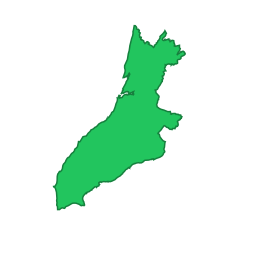 Dundalk-Carlingford Lea-6, Louth, Ireland, rotated 115°
{"feature_id": "5873133B30233967473277", "entity_name": "Dundalk-Carlingford Lea-6", "entity_type": "district", "adm_level": 2, "iso_a3": "IRL", "parent_name": "Ireland", "parent_adm1": "Louth", "projection": "equal_earth", "projection_center": [-6.343, 54.045], "detail": "fine", "context": "isolated", "style": "filled", "palette": "green", "viewbox_px": 256, "rotation_deg": 115, "n_neighbors": 0, "source": "geoboundaries", "source_scale": "gbopen_adm2", "svg_char_len": 5789}
<svg xmlns="http://www.w3.org/2000/svg" viewBox="0 0 256 256"><g transform="rotate(115 128 128)"><path d="M31.3,116.3L34.1,119.8L34.0,120.4L34.0,120.7L33.2,120.5L31.5,122.0L31.5,122.4L30.8,122.6L29.5,123.5L29.9,125.1L31.9,126.3L30.7,127.2L31.2,127.5L30.6,128.5L30.1,128.7L32.6,131.2L32.0,132.0L33.6,132.4L33.7,133.4L33.3,134.2L32.0,134.4L29.0,133.1L27.6,133.1L27.0,133.4L26.0,133.2L24.3,135.6L25.9,135.5L26.0,135.8L26.4,135.7L26.7,136.0L27.5,136.1L31.5,137.7L32.9,137.0L34.5,137.2L35.0,137.1L36.4,137.7L38.2,137.5L38.9,138.2L39.5,137.9L40.0,137.9L41.9,139.0L43.0,138.5L44.2,138.9L43.4,141.3L43.5,143.5L43.3,145.1L42.1,144.6L41.5,146.5L41.8,146.7L41.8,147.2L42.4,147.6L43.2,147.7L43.6,148.1L44.3,148.3L43.5,149.8L42.4,150.6L42.1,153.0L42.6,153.2L42.4,153.9L40.2,154.3L40.2,154.9L40.9,155.3L40.8,155.8L38.7,156.9L38.7,157.0L36.7,157.1L36.4,158.7L36.1,158.9L35.2,158.8L34.6,159.1L34.7,159.5L34.2,160.5L34.6,160.9L34.6,162.1L33.2,162.7L32.7,163.5L32.2,164.7L32.6,165.6L36.9,164.5L38.6,164.2L39.9,163.5L42.2,162.8L45.4,162.5L52.5,161.1L57.4,159.6L60.6,159.1L66.1,157.5L72.9,157.4L74.9,156.5L76.6,155.1L78.7,154.3L84.4,153.7L83.8,152.7L81.9,151.4L82.4,151.4L81.7,150.4L81.8,149.9L80.3,149.9L78.7,150.3L77.8,150.1L78.4,149.2L79.0,149.1L81.0,149.1L81.9,149.3L82.1,149.6L82.8,148.8L83.1,149.1L83.3,148.7L86.9,149.2L88.4,148.9L94.9,149.3L95.1,148.5L95.5,148.3L96.7,148.8L97.8,148.5L100.4,148.7L98.0,148.4L98.5,148.2L98.3,148.1L98.5,147.7L98.2,147.7L98.1,147.3L98.1,147.0L98.4,146.9L98.3,146.7L96.8,145.9L96.2,145.4L96.2,145.0L95.3,144.4L95.0,143.0L96.2,142.6L96.3,142.1L96.0,141.4L95.5,141.2L95.4,140.8L94.6,140.1L94.4,139.6L93.4,139.1L93.4,138.8L93.0,138.7L92.6,138.3L94.4,138.3L94.5,137.5L95.1,137.1L95.6,137.2L95.4,138.1L95.9,138.2L96.1,138.6L96.0,139.0L96.7,140.6L98.5,142.7L98.1,143.5L98.9,144.7L100.1,145.6L102.0,146.2L102.7,146.1L104.4,148.3L104.1,148.5L103.3,148.5L102.8,148.8L102.4,148.8L102.6,149.0L102.1,149.5L102.3,150.0L103.6,149.8L105.4,150.0L105.5,150.3L105.8,149.9L108.4,149.1L110.9,149.1L114.5,148.5L118.6,148.2L119.5,148.4L120.0,148.9L121.1,149.3L123.1,149.2L124.5,149.6L125.6,149.6L126.9,150.3L127.1,150.1L126.9,150.5L127.3,150.4L127.9,151.0L129.5,150.9L130.9,151.5L131.9,152.2L132.1,152.0L131.9,152.2L132.5,152.5L133.9,154.2L136.6,156.1L139.4,156.9L140.6,157.5L141.3,158.2L143.3,159.0L144.4,159.8L145.3,160.7L147.2,160.9L149.6,161.9L152.8,162.4L154.9,165.1L160.6,165.7L161.2,166.2L161.3,166.8L161.1,166.9L161.3,166.9L160.6,167.5L161.3,167.0L166.4,165.9L168.3,166.5L169.1,167.1L170.3,167.2L171.0,166.9L173.3,167.3L174.3,168.0L175.2,168.4L178.7,168.9L179.6,169.3L180.0,169.8L181.2,170.3L183.2,170.5L185.7,170.4L188.1,171.2L189.8,171.1L192.5,170.3L194.1,170.2L195.8,170.7L196.2,171.0L196.2,171.6L196.5,171.8L198.1,171.9L199.5,172.2L201.7,171.7L205.9,169.9L208.3,169.2L211.6,169.5L212.4,170.7L212.6,170.5L212.2,170.3L211.9,169.7L212.6,169.5L213.7,168.0L216.4,165.7L221.9,162.6L223.9,162.0L225.7,160.8L228.0,160.0L229.0,158.7L231.7,157.3L230.8,155.5L229.5,155.0L228.1,153.9L227.7,151.7L227.0,151.3L225.9,151.3L225.4,151.0L223.6,149.3L220.5,147.2L219.5,146.3L218.6,144.6L218.1,143.3L217.8,140.2L218.2,137.6L217.2,136.3L216.9,135.0L216.2,134.8L213.4,137.1L213.3,137.5L211.6,139.1L209.9,139.7L208.0,139.7L204.6,138.6L204.3,138.4L204.6,137.9L203.5,137.9L202.1,136.3L200.0,135.3L199.6,134.6L199.1,134.8L195.4,133.2L194.7,131.8L195.0,131.4L193.9,131.2L192.8,130.0L191.6,130.1L190.6,129.5L191.5,130.2L190.1,131.3L189.1,130.9L188.2,129.9L188.4,129.5L189.3,129.4L188.4,129.4L186.8,127.4L186.1,125.3L185.4,124.4L185.3,123.4L184.9,123.5L184.1,121.4L183.1,120.3L180.2,117.9L178.7,117.4L177.1,116.6L174.4,114.7L172.7,114.2L171.8,113.6L170.5,113.6L169.0,112.9L166.8,112.5L165.5,111.5L163.9,110.9L163.8,110.1L163.5,110.6L163.3,110.5L162.3,109.3L160.5,109.1L158.6,108.1L158.3,107.7L157.5,107.3L157.3,106.7L156.8,106.7L157.2,106.5L156.1,105.5L154.9,103.6L154.8,102.9L153.8,101.0L151.8,99.7L150.5,99.4L150.0,98.8L148.3,95.7L147.0,94.2L146.6,93.3L145.8,93.1L145.8,92.5L145.3,91.9L146.0,91.4L143.5,89.4L141.0,86.8L139.1,85.5L137.4,85.0L135.6,85.1L134.1,84.6L133.5,85.0L132.3,86.4L131.5,86.8L130.9,86.7L129.8,86.9L125.6,88.4L124.7,88.4L124.8,90.6L124.0,92.6L122.5,95.3L120.6,96.9L120.3,97.7L120.5,98.2L120.2,98.6L119.4,98.5L115.3,97.1L113.8,97.0L110.6,96.2L110.5,95.3L111.0,93.2L110.7,91.5L111.2,90.8L111.2,89.9L111.5,89.5L111.0,88.5L110.8,87.4L109.6,87.4L108.7,85.1L107.9,85.4L107.0,85.1L106.2,85.2L106.2,84.7L105.8,84.6L105.6,83.9L104.0,83.8L103.9,84.0L102.3,84.8L101.5,85.9L101.0,86.0L100.3,85.6L99.7,85.6L99.5,85.1L97.7,84.5L97.8,84.3L96.9,84.3L96.7,83.8L95.0,84.0L95.2,84.6L94.0,85.7L94.6,87.4L94.4,88.3L94.7,88.5L94.8,89.0L94.7,89.6L95.4,90.2L94.9,91.4L96.1,93.8L97.2,94.5L97.2,95.1L96.9,95.0L95.2,96.7L95.9,97.8L96.4,99.1L96.6,102.9L97.1,106.1L97.1,107.9L96.5,110.5L94.5,112.0L92.4,112.1L90.2,112.8L89.4,112.3L88.2,112.9L87.3,112.9L86.5,113.1L85.9,113.6L84.2,117.6L82.9,118.3L82.5,119.1L82.0,119.4L81.5,118.4L80.4,117.7L77.4,117.6L76.1,117.2L72.1,116.9L71.4,116.6L70.5,116.9L70.0,117.5L69.7,117.2L68.2,117.1L67.4,118.2L66.5,118.9L65.8,118.3L65.7,117.9L63.5,118.0L62.2,119.7L60.8,118.9L60.2,117.9L59.0,119.6L58.2,120.2L57.6,120.3L57.0,119.9L55.0,120.9L55.1,119.9L53.9,119.6L52.8,118.2L52.5,118.0L52.5,115.9L52.0,116.0L51.7,115.8L51.6,115.5L52.2,115.3L51.8,115.2L51.8,114.6L51.3,114.5L51.3,114.3L51.6,114.3L51.4,113.8L51.6,113.4L51.4,113.1L50.9,113.1L49.6,112.2L49.7,111.6L48.5,110.5L47.1,111.0L46.9,111.4L46.2,111.8L45.4,111.8L44.7,111.4L44.0,110.3L43.1,109.6L42.2,109.5L41.5,110.0L40.6,109.8L38.6,108.1L37.3,107.5L36.6,108.0L36.4,107.7L36.1,107.9L35.8,108.7L35.3,109.1L35.4,110.2L35.1,110.5L35.3,110.8L36.0,111.6L36.8,111.8L36.8,112.5L38.4,112.9L39.6,113.8L40.7,114.3L40.6,114.5L37.8,114.5L36.1,114.0L33.9,114.2L33.6,115.2L31.3,116.3Z" fill="#22c55e" stroke="#15803d" stroke-width="1.5"/></g></svg>